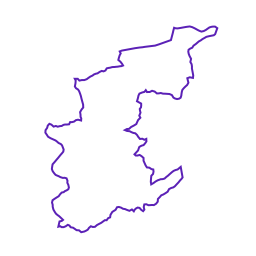 the district of Nova Iguaçu, Rio de Janeiro, Brazil, rotated 184°
{"feature_id": "56859067B7760625819134", "entity_name": "Nova Iguaçu", "entity_type": "district", "adm_level": 2, "iso_a3": "BRA", "parent_name": "Brazil", "parent_adm1": "Rio de Janeiro", "projection": "natural_earth1", "projection_center": [-43.514, -22.696], "detail": "fine", "context": "isolated", "style": "outline", "palette": "violet", "viewbox_px": 256, "rotation_deg": 184, "n_neighbors": 0, "source": "geoboundaries", "source_scale": "gbopen_adm2", "svg_char_len": 4288}
<svg xmlns="http://www.w3.org/2000/svg" viewBox="0 0 256 256"><g transform="rotate(184 128 128)"><path d="M210.1,120.1L210.1,117.6L208.6,115.7L207.1,113.7L204.5,112.4L201.8,111.4L199.4,110.5L198.0,109.6L196.2,108.2L193.9,107.3L192.6,106.1L191.6,104.0L190.7,102.1L190.9,99.9L192.0,98.3L193.1,96.9L194.3,95.2L195.7,93.2L197.2,91.2L198.7,89.1L200.7,86.5L200.9,84.5L201.1,81.8L200.1,79.6L198.4,77.6L197.0,76.2L195.4,75.6L193.8,75.1L192.1,74.3L189.7,73.7L187.6,73.9L185.8,73.5L184.7,71.2L184.7,69.1L183.6,67.2L182.8,64.5L183.3,62.7L184.9,61.5L186.6,60.6L187.7,59.5L189.6,59.0L191.1,57.2L192.4,55.1L194.5,53.6L196.6,52.0L198.2,50.7L198.6,48.3L197.8,46.2L197.6,44.1L196.7,41.4L195.0,38.9L193.9,37.5L192.3,36.3L190.5,35.2L188.3,33.4L186.4,31.8L187.6,30.7L189.8,30.0L190.6,24.7L188.8,25.3L187.4,24.5L185.3,24.6L183.3,25.6L181.3,27.2L179.6,26.6L178.3,25.0L175.8,24.7L173.8,23.5L172.2,22.5L169.7,22.5L167.4,20.8L164.3,21.7L162.4,22.8L161.0,23.8L160.0,25.6L158.2,27.4L156.2,26.8L154.1,27.1L152.2,29.0L150.5,30.1L148.0,31.6L146.5,32.9L144.7,34.4L142.9,34.5L141.5,36.7L139.6,37.6L139.4,40.2L137.8,43.2L136.2,44.4L134.7,45.5L133.4,48.2L131.6,48.6L129.4,48.1L127.4,47.1L125.3,46.9L123.3,46.2L120.8,45.5L118.4,47.0L116.4,45.3L115.7,46.9L114.3,48.4L112.8,49.3L110.9,49.1L109.1,47.3L107.1,46.1L106.0,47.7L106.8,50.3L106.4,52.9L104.4,53.2L102.2,52.4L100.6,52.6L98.7,52.9L96.8,52.9L94.7,54.4L93.2,56.6L93.2,59.3L91.4,61.4L90.1,63.2L88.2,64.1L86.2,65.5L84.0,67.2L82.8,69.9L80.7,71.2L78.7,71.9L77.2,73.1L75.7,75.0L73.8,77.3L72.3,79.5L71.1,80.9L70.1,82.5L72.7,92.9L75.6,90.1L77.6,89.4L79.5,88.4L81.1,87.0L83.1,85.0L84.9,83.1L86.2,82.0L88.0,80.1L89.9,79.4L91.8,79.2L93.3,78.5L94.7,77.9L96.7,76.6L98.7,74.9L100.9,73.4L101.5,75.9L101.5,79.4L101.4,82.0L99.8,83.9L99.5,86.3L99.9,88.4L101.7,88.6L103.9,89.9L106.4,90.0L107.8,91.9L110.2,96.4L110.4,99.2L112.6,100.9L114.5,101.9L116.6,101.2L118.4,101.1L119.7,102.2L118.0,104.3L116.4,106.3L115.5,109.7L114.3,110.7L112.8,111.5L111.3,112.0L109.8,114.0L108.7,115.9L109.0,118.4L110.9,117.4L112.9,118.3L115.3,117.9L117.3,120.0L118.4,121.6L120.3,123.2L122.5,123.5L124.3,124.1L126.1,124.9L128.8,125.0L130.9,125.7L129.0,126.9L126.9,127.2L125.0,129.2L122.4,130.8L120.0,132.5L119.4,134.2L118.5,136.6L116.4,139.1L117.6,141.1L116.6,144.2L117.2,146.0L117.6,147.8L116.5,149.5L116.4,151.5L116.6,153.3L120.9,155.3L120.5,157.0L120.1,159.0L119.8,161.1L119.0,163.1L116.4,164.4L114.1,165.2L112.9,167.0L111.6,165.2L108.9,165.4L106.6,166.8L103.9,166.2L101.6,164.5L99.7,164.7L97.7,165.2L95.5,164.7L93.2,164.8L91.3,164.8L89.0,164.8L86.5,163.9L84.8,161.5L83.2,160.7L81.1,160.3L79.1,160.8L77.6,161.9L77.1,164.0L77.0,166.0L76.8,168.1L76.4,169.9L74.9,171.9L73.5,173.5L72.0,175.0L70.9,177.4L71.7,179.9L72.3,181.8L69.9,182.9L66.7,182.5L66.6,185.0L67.5,188.5L68.4,191.9L68.5,193.9L69.0,196.1L70.4,198.2L69.9,201.4L71.6,204.1L72.6,206.2L73.2,208.4L73.0,210.3L71.4,211.6L69.5,212.6L68.4,214.7L66.1,216.6L64.8,217.9L63.4,219.3L61.5,220.5L59.9,221.9L57.9,223.2L56.2,224.4L53.7,225.2L51.5,225.8L48.9,226.5L47.6,227.7L46.8,230.6L45.9,233.8L48.2,235.2L50.3,235.1L52.0,234.7L53.8,234.0L55.3,232.8L57.1,231.3L59.2,230.0L61.5,229.3L63.5,229.9L65.2,230.6L66.7,231.3L68.4,232.1L71.0,233.1L73.5,233.6L75.6,233.2L77.4,232.8L79.8,232.2L82.1,231.6L83.8,231.2L85.5,230.8L87.5,230.8L89.0,231.2L89.6,228.1L89.9,226.1L91.3,218.7L102.5,213.8L104.2,213.1L106.7,212.1L117.0,210.1L119.0,209.6L122.0,209.1L126.6,208.1L139.5,204.8L141.6,203.8L140.5,201.9L141.4,199.9L142.0,197.4L142.4,195.2L140.2,193.6L138.4,191.6L137.3,190.0L138.8,189.3L140.5,189.0L142.4,188.5L144.3,188.2L145.8,187.9L147.9,187.7L150.1,186.9L151.9,186.5L153.4,186.0L154.5,183.8L156.3,182.8L158.2,183.1L160.3,181.9L162.2,180.4L163.9,179.9L165.6,179.1L167.1,177.8L169.1,176.7L171.0,175.2L172.6,173.8L174.9,172.8L177.4,172.6L179.8,171.9L181.6,173.6L184.5,173.4L183.5,171.7L183.5,169.0L183.9,165.7L182.6,164.0L180.5,162.9L179.3,161.3L178.1,158.7L177.2,156.5L176.5,154.2L175.6,151.6L174.4,148.2L174.1,145.3L175.6,143.2L176.9,140.5L176.3,138.0L176.1,135.8L175.3,134.3L175.3,132.2L178.4,132.8L180.5,132.2L182.3,130.6L184.5,129.9L186.1,129.9L187.0,127.6L189.2,127.2L191.0,127.1L192.6,126.6L194.3,125.4L196.2,125.1L198.2,124.4L200.1,125.0L202.3,124.2L204.6,126.0L206.7,126.7L208.2,124.8L208.7,122.4L210.1,120.1Z" fill="none" stroke="#5b21b6" stroke-width="2"/></g></svg>